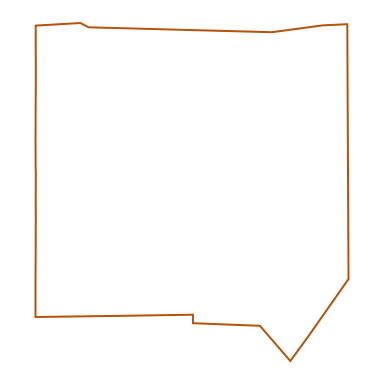 outline of Mercer, Pennsylvania, United States of America
{"feature_id": "52423323B88020192595097", "entity_name": "Mercer", "entity_type": "district", "adm_level": 2, "iso_a3": "USA", "parent_name": "United States of America", "parent_adm1": "Pennsylvania", "projection": "albers", "projection_center": [-80.421, 41.281], "detail": "fine", "context": "isolated", "style": "outline", "palette": "amber", "viewbox_px": 384, "rotation_deg": 0, "n_neighbors": 0, "source": "geoboundaries", "source_scale": "gbopen_adm2", "svg_char_len": 612}
<svg xmlns="http://www.w3.org/2000/svg" viewBox="0 0 384 384"><path d="M348.5,279.0L347.3,24.2L322.4,25.4L272.0,32.2L188.2,30.0L88.6,27.3L80.3,23.0L35.7,25.6L35.7,46.8L35.8,64.3L35.8,68.5L35.8,77.7L35.8,83.7L35.6,113.8L35.6,119.3L35.6,128.1L35.5,144.3L35.5,144.8L35.6,145.2L35.6,145.7L35.6,147.2L35.6,148.2L35.6,150.1L35.6,167.0L35.8,172.6L35.7,202.3L35.7,202.5L35.7,204.9L35.8,217.9L35.7,231.0L35.7,241.5L35.7,249.7L35.5,280.1L35.5,300.7L35.5,310.4L35.5,317.0L116.3,315.9L116.6,315.9L192.9,314.7L193.0,323.2L259.9,325.8L290.3,361.0L308.0,336.8L348.5,279.0Z" fill="none" stroke="#b45309" stroke-width="2"/></svg>